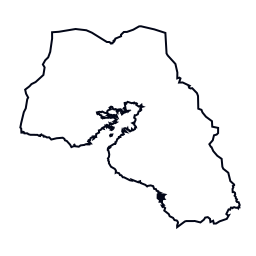 Morowali Utara, Sulawesi Tengah, Indonesia (Natural Earth projection), rotated 87°
{"feature_id": "22746128B96188894812390", "entity_name": "Morowali Utara", "entity_type": "district", "adm_level": 2, "iso_a3": "IDN", "parent_name": "Indonesia", "parent_adm1": "Sulawesi Tengah", "projection": "natural_earth1", "projection_center": [121.396, -1.847], "detail": "fine", "context": "isolated", "style": "outline", "palette": "ink", "viewbox_px": 256, "rotation_deg": 87, "n_neighbors": 0, "source": "geoboundaries", "source_scale": "gbopen_adm2", "svg_char_len": 5981}
<svg xmlns="http://www.w3.org/2000/svg" viewBox="0 0 256 256"><g transform="rotate(87 128 128)"><path d="M220.5,31.9L220.7,32.6L219.0,34.3L214.6,31.8L214.9,30.3L212.9,29.4L213.0,28.0L213.4,27.8L212.6,26.2L213.4,24.1L213.1,22.8L213.9,22.2L213.1,21.9L213.1,20.9L211.5,21.1L210.8,20.5L207.9,21.4L207.6,23.0L206.5,23.7L205.0,22.9L204.1,24.0L202.4,24.0L201.2,25.1L199.8,24.4L198.3,24.6L197.6,25.4L197.5,26.8L194.3,26.8L192.8,25.9L191.4,26.3L190.7,25.0L190.0,25.0L186.3,28.6L177.9,30.2L173.7,35.0L171.6,35.8L163.7,36.1L160.4,40.3L155.6,44.0L151.5,45.6L151.1,46.3L148.4,47.6L144.7,44.0L139.8,42.5L139.2,39.8L137.8,38.3L132.6,38.0L131.1,43.8L125.6,43.8L120.8,49.6L116.4,52.8L113.7,53.7L112.4,56.8L99.7,56.4L96.8,57.3L91.6,61.8L91.8,63.3L91.2,64.7L90.0,65.2L89.1,64.2L85.4,71.0L85.3,74.6L81.2,73.0L80.4,74.1L81.0,76.2L75.1,75.8L66.5,77.3L57.7,84.5L55.6,85.6L35.0,85.7L30.9,96.5L27.1,109.7L27.1,111.6L30.1,117.6L32.0,124.0L31.9,127.1L34.5,130.1L36.0,130.1L38.1,136.0L39.2,136.3L39.9,137.6L40.5,137.1L41.4,137.8L41.9,139.1L42.6,139.1L42.8,140.6L41.2,141.9L41.0,144.6L30.9,159.1L28.2,164.5L26.4,175.2L28.3,192.1L28.4,198.8L34.7,199.1L47.9,201.7L53.3,204.0L56.0,207.1L60.1,209.7L63.1,208.1L70.6,209.7L77.3,217.9L79.1,222.1L81.2,224.2L84.3,228.7L88.4,228.0L92.4,226.1L94.0,227.1L103.1,229.1L106.7,231.2L117.4,234.4L121.9,235.5L122.9,234.7L127.0,234.7L127.1,233.0L126.4,232.8L126.6,232.3L127.9,231.8L128.1,228.7L129.0,227.8L129.7,225.7L130.1,218.8L131.2,217.2L131.4,216.2L130.4,216.0L130.0,214.9L130.5,214.8L131.2,212.7L132.2,212.6L132.2,211.0L133.2,209.4L133.2,207.2L135.5,205.2L134.5,199.8L134.3,193.7L135.5,192.1L137.0,191.6L137.7,189.9L141.6,186.7L144.1,185.5L143.0,182.2L141.0,182.7L142.7,182.0L143.0,182.1L143.3,182.7L144.1,178.1L142.9,176.3L142.6,172.3L142.1,171.4L142.4,166.5L141.9,170.5L141.6,165.9L140.2,167.0L140.3,167.5L139.5,167.3L139.2,168.5L138.6,168.2L139.0,167.6L137.9,167.3L137.9,166.4L136.3,166.0L135.4,164.6L135.3,163.1L135.9,162.6L137.0,163.0L136.6,162.3L135.5,161.8L135.4,161.1L134.6,162.1L134.6,160.3L132.4,160.1L131.0,157.1L128.9,157.2L128.5,155.4L127.0,154.1L127.5,152.4L126.3,152.9L125.3,150.5L124.6,150.5L123.7,149.0L124.7,147.0L123.5,145.6L122.5,145.9L123.0,145.1L122.5,144.8L123.4,144.1L123.0,142.6L122.3,142.3L122.5,140.5L121.8,139.3L121.7,139.8L121.4,139.4L120.4,140.1L120.3,141.1L119.1,138.9L117.3,141.1L116.5,141.1L116.9,143.9L116.4,143.7L116.3,144.3L116.8,146.8L116.5,150.2L116.9,150.7L116.8,151.5L116.4,151.4L117.1,152.8L116.4,153.8L115.5,153.1L115.4,153.9L114.0,153.9L113.5,155.4L112.5,155.9L112.6,157.4L112.1,157.5L111.8,158.8L111.6,158.0L110.8,158.2L110.3,155.6L110.8,153.8L110.2,152.9L111.6,150.5L112.2,147.7L110.2,147.9L109.3,147.0L108.5,144.5L108.0,145.0L108.5,145.6L107.5,144.5L106.7,145.2L105.8,143.8L106.2,142.6L108.4,141.8L108.8,140.4L108.4,139.8L109.1,137.9L109.4,138.5L110.7,138.5L112.0,137.6L110.6,137.4L110.4,136.2L110.1,136.9L109.0,136.3L108.9,134.4L109.6,133.5L110.9,133.8L110.4,133.2L112.0,132.6L112.7,132.5L113.4,133.5L114.0,133.3L112.8,131.8L111.2,131.5L111.0,130.6L112.3,130.2L111.1,127.0L110.6,129.4L109.8,129.2L108.3,131.3L107.8,130.9L108.0,129.5L104.6,129.8L104.1,129.1L103.6,130.0L102.8,130.0L102.6,127.7L101.9,127.0L103.4,123.0L103.0,120.6L103.7,120.6L103.6,118.6L104.1,117.8L105.3,118.5L107.2,116.0L107.0,114.3L106.4,114.5L105.6,113.4L107.0,113.3L107.5,112.2L107.9,113.9L109.6,114.8L109.8,113.9L110.6,113.8L111.6,114.9L112.0,116.5L114.8,117.5L115.9,120.0L115.7,120.6L118.1,121.3L119.1,120.1L120.3,120.0L122.4,121.0L123.3,123.3L124.0,122.3L123.9,121.5L125.3,121.5L127.2,120.0L127.8,119.9L127.7,120.7L128.4,121.1L129.4,121.1L130.5,123.1L129.3,124.1L130.6,124.3L131.5,126.0L131.3,126.7L130.4,126.7L129.3,128.4L128.5,128.5L129.3,129.0L128.5,129.5L128.0,130.9L128.3,131.9L130.2,131.5L131.8,130.0L130.9,133.2L129.8,133.7L131.0,134.0L134.0,132.5L134.5,133.4L134.8,133.0L134.4,134.9L135.8,136.2L136.6,136.1L136.5,137.6L137.7,137.8L138.5,139.3L141.0,140.3L141.6,141.4L142.6,141.1L143.3,141.6L143.3,143.0L145.2,146.5L146.3,146.5L146.7,147.1L145.9,146.9L145.7,147.8L147.2,149.1L148.9,149.4L150.0,148.6L153.4,148.1L155.8,148.5L157.5,149.7L158.4,149.2L159.6,149.5L160.4,148.8L162.2,148.9L165.8,147.0L168.1,143.4L169.8,142.3L172.0,142.6L171.7,142.0L172.8,139.2L174.6,138.5L174.9,137.1L176.9,135.8L177.0,134.6L180.3,128.8L180.9,126.2L180.7,125.9L180.1,126.3L182.8,120.4L182.7,119.3L182.3,119.3L182.2,120.4L181.8,118.8L182.8,118.9L183.6,117.5L183.3,118.9L185.7,113.6L187.3,112.0L186.9,111.6L186.5,108.4L187.4,105.9L190.1,105.1L190.6,103.2L192.2,102.7L192.7,101.2L193.3,101.3L194.6,98.7L195.8,101.8L199.6,102.1L200.5,101.2L199.4,99.3L199.0,100.2L196.8,101.2L196.8,100.4L196.2,100.5L196.8,100.0L196.6,98.3L197.7,98.9L197.8,98.3L197.4,96.4L196.5,97.1L196.1,96.0L196.5,94.5L197.4,95.8L198.4,95.8L198.3,96.6L198.8,96.5L199.0,97.7L199.3,97.1L199.8,97.9L200.4,97.7L200.2,95.9L200.8,95.4L201.0,97.7L201.9,97.8L200.8,98.6L201.9,99.9L203.3,100.3L203.5,98.0L205.1,97.8L206.8,96.3L207.1,97.5L207.7,97.5L207.5,98.2L208.5,97.7L208.0,97.1L209.9,95.1L212.4,96.1L216.1,91.8L218.3,91.0L220.1,87.7L222.4,86.4L222.9,84.2L224.0,83.3L225.3,83.0L227.7,84.0L229.6,84.1L224.3,76.1L224.0,74.7L224.4,66.1L226.1,60.6L223.5,57.0L221.5,55.6L221.2,53.0L223.0,50.9L226.2,50.6L225.1,47.8L227.9,47.3L228.0,45.1L226.0,41.4L223.9,34.1L220.5,31.9ZM127.6,143.3L126.7,141.5L126.7,143.0L125.6,144.4L126.2,145.3L125.7,146.4L126.3,147.4L127.0,146.7L126.8,145.0L127.6,143.3ZM115.4,140.4L116.8,138.1L114.4,139.0L115.0,139.6L114.2,141.2L114.4,142.3L115.2,141.9L115.4,140.4ZM133.7,144.1L133.7,145.7L134.5,146.3L135.3,146.0L134.9,144.6L133.7,144.1ZM114.1,144.6L114.4,143.5L114.0,143.9L113.8,145.4L114.5,145.3L114.1,144.6ZM128.7,143.7L128.3,144.4L128.9,145.2L129.2,144.5L128.7,143.7ZM113.7,146.8L113.7,145.8L113.1,146.6L113.7,146.8ZM126.1,149.2L125.6,148.9L125.2,149.6L126.1,149.2ZM114.6,147.4L115.0,146.7L114.8,146.2L114.5,146.8L114.6,147.4ZM114.4,147.1L114.1,146.2L113.7,147.4L114.4,147.1ZM110.8,126.6L111.1,126.6L110.8,126.3L110.8,126.6Z" fill="none" stroke="#020617" stroke-width="2"/></g></svg>